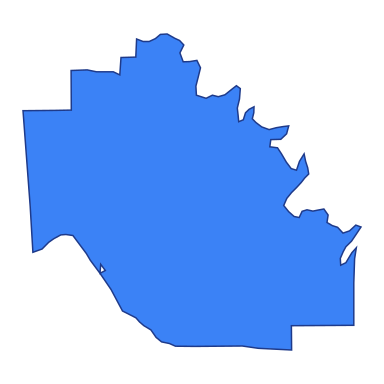 São Paulo das Missões, Rio Grande do Sul, Brazil
{"feature_id": "56859067B46087315039211", "entity_name": "São Paulo das Missões", "entity_type": "district", "adm_level": 2, "iso_a3": "BRA", "parent_name": "Brazil", "parent_adm1": "Rio Grande do Sul", "projection": "equal_earth", "projection_center": [-54.951, -27.981], "detail": "fine", "context": "isolated", "style": "filled", "palette": "blue", "viewbox_px": 384, "rotation_deg": 0, "n_neighbors": 0, "source": "geoboundaries", "source_scale": "gbopen_adm2", "svg_char_len": 1655}
<svg xmlns="http://www.w3.org/2000/svg" viewBox="0 0 384 384"><path d="M240.3,88.6L236.4,85.7L231.9,89.2L224.9,94.8L218.3,96.7L212.4,95.2L206.1,98.3L196.4,95.2L195.9,86.1L198.3,76.7L200.5,67.8L196.9,60.4L189.6,61.6L183.2,61.8L179.9,52.9L183.8,45.0L179.6,40.5L174.8,38.3L167.2,34.0L160.4,34.4L155.4,38.6L149.2,41.5L143.1,41.5L136.6,39.0L135.8,57.1L121.0,57.5L119.8,74.9L113.3,71.8L96.5,71.8L87.2,69.9L71.1,70.5L71.3,110.1L54.7,110.4L23.0,110.7L24.3,127.9L30.2,206.5L32.9,252.3L42.1,249.0L48.7,242.3L53.8,238.7L60.8,234.9L65.9,234.5L72.9,235.5L86.4,253.6L90.4,260.4L100.0,273.3L111.1,289.6L122.5,311.0L135.9,317.8L139.6,322.0L143.9,325.7L150.9,329.9L156.1,337.4L161.6,341.9L169.4,343.5L175.5,346.2L195.0,346.4L242.3,346.0L258.3,348.3L291.6,350.0L291.4,325.7L353.8,325.3L353.8,282.8L354.6,258.8L356.3,247.8L351.9,252.7L348.8,257.8L345.9,262.7L340.7,265.2L340.3,258.4L343.2,251.7L345.9,246.7L351.5,241.2L356.3,234.1L361.0,227.0L355.8,225.1L349.5,230.9L343.0,233.1L337.6,227.3L332.3,225.6L327.0,222.5L328.1,215.0L323.9,209.0L317.9,210.1L312.9,211.1L307.0,209.8L302.1,211.3L299.2,217.5L294.1,216.5L288.7,211.7L283.7,205.5L286.8,198.4L291.5,192.6L296.8,187.3L301.2,182.5L304.8,177.9L308.7,174.0L307.7,167.8L305.6,161.3L304.1,153.9L299.5,161.3L296.5,170.2L291.2,168.6L286.3,162.1L281.5,153.9L277.5,147.8L269.8,146.8L270.8,139.6L280.8,139.3L286.6,133.8L288.7,125.9L282.9,126.6L276.3,127.7L269.1,129.6L261.7,126.9L255.9,122.5L252.3,118.8L253.8,112.8L254.0,106.8L249.1,109.3L245.5,112.8L243.3,119.8L238.7,121.7L238.1,115.3L237.3,108.1L239.5,99.0L240.3,88.6ZM100.0,273.3L100.7,264.3L105.3,270.5L100.0,273.3Z" fill="#3b82f6" stroke="#1e3a8a" stroke-width="1.5"/></svg>